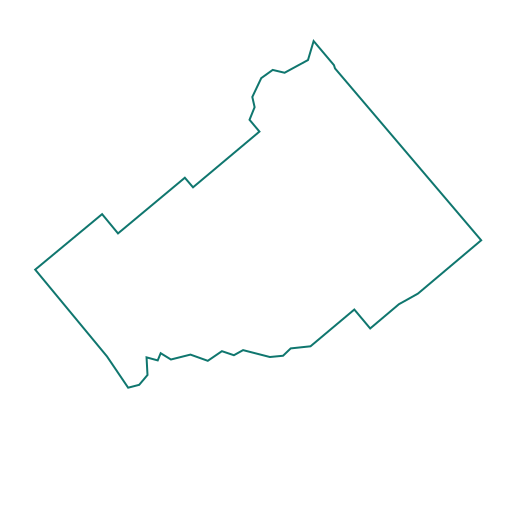 Madison, Idaho, United States of America, rotated 320°
{"feature_id": "52423323B1812504540998", "entity_name": "Madison", "entity_type": "district", "adm_level": 2, "iso_a3": "USA", "parent_name": "United States of America", "parent_adm1": "Idaho", "projection": "orthographic", "projection_center": [-111.697, 43.776], "detail": "fine", "context": "isolated", "style": "outline", "palette": "teal", "viewbox_px": 512, "rotation_deg": 320, "n_neighbors": 0, "source": "geoboundaries", "source_scale": "gbopen_adm2", "svg_char_len": 629}
<svg xmlns="http://www.w3.org/2000/svg" viewBox="0 0 512 512"><g transform="rotate(320 256 256)"><path d="M438.3,128.4L421.8,139.3L395.7,134.0L388.4,124.2L374.4,123.1L355.4,131.8L350.6,141.1L338.6,147.5L338.6,162.9L251.9,162.9L251.8,150.3L164.8,150.0L165.0,125.0L78.1,124.5L77.3,237.1L73.4,274.7L83.7,279.6L96.4,277.4L107.0,263.3L113.6,272.8L120.5,269.2L124.3,280.6L142.4,289.4L151.7,305.3L168.7,307.0L175.3,317.8L185.6,319.8L201.7,342.3L212.6,349.8L223.2,349.1L239.7,360.2L296.9,360.2L296.9,384.9L334.5,384.8L355.9,388.9L438.6,388.7L437.1,163.1L438.4,159.9L438.3,128.4Z" fill="none" stroke="#0f766e" stroke-width="2"/></g></svg>